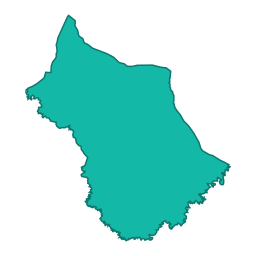 Pho Tak, Nong Khai, Thailand (orthographic projection)
{"feature_id": "78962969B47302686470604", "entity_name": "Pho Tak", "entity_type": "district", "adm_level": 2, "iso_a3": "THA", "parent_name": "Thailand", "parent_adm1": "Nong Khai", "projection": "orthographic", "projection_center": [102.425, 17.897], "detail": "fine", "context": "isolated", "style": "filled", "palette": "teal", "viewbox_px": 256, "rotation_deg": 0, "n_neighbors": 0, "source": "geoboundaries", "source_scale": "gbopen_adm2", "svg_char_len": 5862}
<svg xmlns="http://www.w3.org/2000/svg" viewBox="0 0 256 256"><path d="M145.0,240.2L148.2,238.7L148.8,238.9L149.3,239.9L151.2,239.9L152.1,239.2L152.6,238.4L152.5,237.8L152.1,237.5L150.1,237.8L149.0,234.7L149.5,234.5L151.0,235.4L152.1,235.5L154.0,235.1L155.3,234.3L156.9,231.7L156.3,230.0L158.3,229.9L158.7,227.8L161.8,226.5L161.7,226.0L159.5,225.1L159.4,224.6L163.1,224.1L163.5,223.3L162.2,223.1L162.0,222.6L165.1,220.8L165.8,221.0L166.1,222.5L167.9,223.3L169.1,222.2L169.7,223.5L170.9,224.1L170.7,224.7L169.3,224.8L169.0,225.5L169.6,228.0L170.0,228.2L171.2,227.6L170.8,228.7L171.1,229.1L171.8,228.8L172.8,227.2L175.4,224.8L177.4,224.7L177.7,223.1L180.2,224.3L180.7,225.6L181.4,225.6L182.8,223.5L184.7,222.4L185.5,221.4L185.2,220.8L184.2,221.2L183.5,221.0L183.8,219.2L184.4,219.0L185.5,219.4L186.3,218.5L186.4,216.3L184.8,215.0L184.2,214.0L185.6,212.5L187.7,212.4L186.8,211.0L187.9,209.9L187.4,209.3L185.8,209.1L185.6,208.4L186.4,206.8L188.3,207.9L189.8,207.7L188.6,206.2L187.9,202.3L189.4,202.0L190.0,201.1L190.3,201.7L190.0,203.1L190.4,203.5L190.8,203.4L191.5,202.5L192.4,203.5L193.5,202.4L194.5,203.2L194.8,202.9L195.0,201.4L195.9,200.4L197.1,201.6L197.4,202.9L198.8,202.6L198.8,203.7L199.2,204.1L199.6,203.9L200.0,202.1L200.5,201.6L202.1,203.3L202.5,203.3L202.6,201.7L203.4,201.5L203.6,201.0L202.4,200.0L205.3,199.7L205.6,199.3L204.3,198.8L204.2,197.5L203.4,198.4L201.9,198.1L202.4,196.9L200.8,196.9L200.9,195.8L199.0,195.1L199.0,194.2L200.1,193.6L200.9,194.9L202.4,193.7L203.8,193.7L205.0,192.6L207.0,192.7L207.0,192.2L205.3,190.5L205.8,189.9L207.1,190.4L208.9,188.0L210.3,187.1L207.7,184.7L207.4,183.6L209.1,183.9L211.8,183.8L211.5,185.2L212.5,186.7L213.2,186.9L213.4,185.5L215.2,184.8L215.2,184.0L214.7,183.5L212.7,183.4L212.4,182.7L212.7,181.8L213.4,181.0L217.6,181.0L217.2,178.2L217.6,177.5L218.3,177.6L218.7,178.3L221.4,179.8L221.3,180.5L220.1,180.7L219.7,181.2L219.6,182.7L220.5,184.1L221.5,184.7L223.0,184.6L223.5,183.9L223.8,180.8L222.9,176.2L223.4,175.7L224.9,175.5L225.3,175.0L224.8,174.2L221.9,174.1L221.6,173.3L222.2,172.7L225.0,172.7L225.1,170.4L225.5,169.6L226.2,169.7L227.3,170.8L228.2,170.7L228.5,169.4L227.3,168.4L227.0,167.5L229.4,167.5L230.0,166.7L228.0,165.7L228.0,164.9L228.6,164.6L224.6,162.3L220.2,160.3L212.9,155.7L209.2,154.6L202.6,150.8L200.8,148.4L199.0,142.5L193.9,133.4L188.6,125.9L183.6,120.8L180.4,115.0L176.7,110.4L174.8,107.3L174.0,103.7L173.3,103.0L173.9,100.2L173.8,95.5L172.8,93.5L172.6,91.8L170.7,89.9L170.4,87.6L169.9,86.9L170.0,84.2L168.9,82.7L169.8,82.1L169.5,78.9L170.0,78.5L170.7,71.4L169.9,70.6L166.2,67.9L160.5,67.2L152.4,65.1L137.3,65.3L132.3,66.4L127.2,66.3L124.4,63.9L119.2,62.6L113.5,57.2L106.9,53.7L92.5,48.2L88.0,44.6L84.2,42.7L82.7,38.5L79.1,36.2L78.5,34.7L77.6,30.3L74.9,25.7L75.3,22.3L75.0,20.6L68.6,15.4L67.4,17.0L57.9,37.9L57.0,42.6L56.2,44.8L56.8,47.8L57.1,51.6L56.2,53.9L56.3,56.5L55.6,58.4L52.8,61.7L51.3,65.9L50.9,72.6L45.7,72.3L44.6,76.6L43.7,78.3L37.1,83.6L32.5,86.3L27.9,88.3L26.5,89.7L26.2,90.0L27.4,90.3L27.8,91.7L27.2,92.3L26.0,91.9L26.0,92.6L27.1,94.8L28.2,94.8L28.5,95.7L28.4,96.6L27.2,96.6L27.1,97.0L27.9,98.0L28.0,99.2L28.9,98.4L29.6,98.3L31.0,99.6L31.6,99.7L31.8,98.8L30.7,96.6L33.1,95.3L34.3,96.6L33.6,98.4L33.8,98.7L34.9,98.9L37.1,97.6L38.6,98.2L38.4,99.8L39.7,99.8L40.6,100.9L39.5,102.6L41.3,104.4L41.7,107.0L38.6,107.5L38.7,109.7L37.8,110.3L37.5,111.5L38.3,112.4L38.5,113.6L39.2,113.5L40.1,112.6L41.3,114.2L42.8,114.0L42.2,116.5L42.5,117.4L43.5,117.6L44.3,116.3L45.6,116.2L46.5,117.8L49.0,117.9L49.3,119.0L50.2,119.8L50.4,121.0L56.3,122.4L56.0,124.2L56.9,126.3L58.8,127.9L59.9,128.3L61.9,127.6L64.6,127.8L69.7,125.5L69.7,126.6L68.6,127.6L70.0,128.5L69.5,128.7L69.2,129.5L70.6,129.0L70.7,129.8L72.3,129.9L73.6,131.4L72.8,134.9L73.4,137.4L74.7,137.6L75.4,138.2L76.5,143.0L78.9,145.6L81.1,146.4L81.2,149.0L81.8,150.2L82.9,151.4L84.3,153.9L87.7,157.4L84.9,165.7L82.4,166.7L82.6,167.6L81.5,167.5L82.0,170.0L82.9,171.0L85.0,171.6L85.1,172.1L82.1,173.8L81.3,174.5L81.2,175.2L81.9,176.5L86.4,177.3L88.3,178.8L87.6,180.4L88.0,182.2L87.8,183.4L89.0,183.8L89.7,184.9L90.4,185.3L89.3,186.6L90.1,186.7L90.5,187.4L91.2,187.5L91.8,188.6L91.5,189.4L90.6,189.7L90.8,191.3L89.5,192.2L91.8,192.7L92.0,193.0L90.1,194.5L89.2,194.3L88.8,194.8L88.8,195.4L90.2,195.8L90.6,196.6L89.6,197.0L89.5,196.2L88.5,196.1L88.1,196.8L88.7,198.0L90.0,198.2L90.0,198.7L88.7,199.7L87.6,198.8L86.5,198.9L86.6,200.1L87.6,200.5L87.7,201.1L85.4,201.4L86.1,202.6L87.2,202.9L86.9,204.5L87.6,205.7L88.5,205.6L88.8,206.4L89.3,206.5L90.3,205.6L90.8,206.9L91.4,206.7L91.8,207.3L92.9,207.7L93.3,207.4L92.9,206.6L94.4,206.4L95.1,207.1L96.0,206.8L96.2,207.1L95.4,208.1L95.4,208.8L97.4,209.6L97.7,210.4L98.9,210.1L99.0,209.4L101.1,209.2L101.3,210.3L99.9,210.8L100.3,211.5L100.8,211.0L101.4,211.2L101.1,212.8L101.8,213.3L102.3,215.2L102.1,215.5L101.5,215.3L101.9,216.5L100.0,218.6L100.2,219.1L100.8,219.4L101.4,221.0L102.7,221.7L104.4,221.5L104.2,222.3L103.6,222.9L104.2,223.4L104.9,222.6L105.6,223.0L105.6,223.5L105.0,224.1L105.2,225.4L107.4,224.4L107.8,224.7L107.9,225.6L108.5,224.4L109.4,224.6L109.5,226.3L110.7,227.3L110.8,228.3L111.6,228.5L111.3,230.0L111.8,230.2L112.3,229.2L113.7,229.5L112.4,230.7L112.7,231.5L113.1,231.6L113.8,230.6L114.8,230.8L115.2,231.3L115.7,231.0L116.2,231.2L116.6,232.2L117.4,231.6L118.1,232.6L118.8,232.1L118.8,233.5L120.0,233.1L119.7,233.9L117.9,234.8L118.4,235.3L119.4,235.1L119.8,236.4L119.3,237.3L120.5,236.7L120.8,238.0L121.9,239.3L122.8,238.4L121.8,238.0L122.1,237.4L123.6,238.1L123.6,239.2L124.6,239.0L124.4,238.5L124.7,238.2L125.2,239.9L125.8,240.0L126.2,240.6L126.7,240.0L127.8,240.0L128.8,239.5L128.7,238.6L130.0,238.9L131.7,238.2L132.2,237.5L133.0,237.9L134.0,237.6L134.3,239.3L135.6,238.8L136.1,237.4L137.2,237.6L137.6,238.2L138.1,237.5L139.1,237.6L139.7,237.2L141.0,240.0L141.3,240.0L141.6,239.0L143.2,238.6L144.6,239.0L145.0,240.2Z" fill="#14b8a6" stroke="#0f766e" stroke-width="1.5"/></svg>